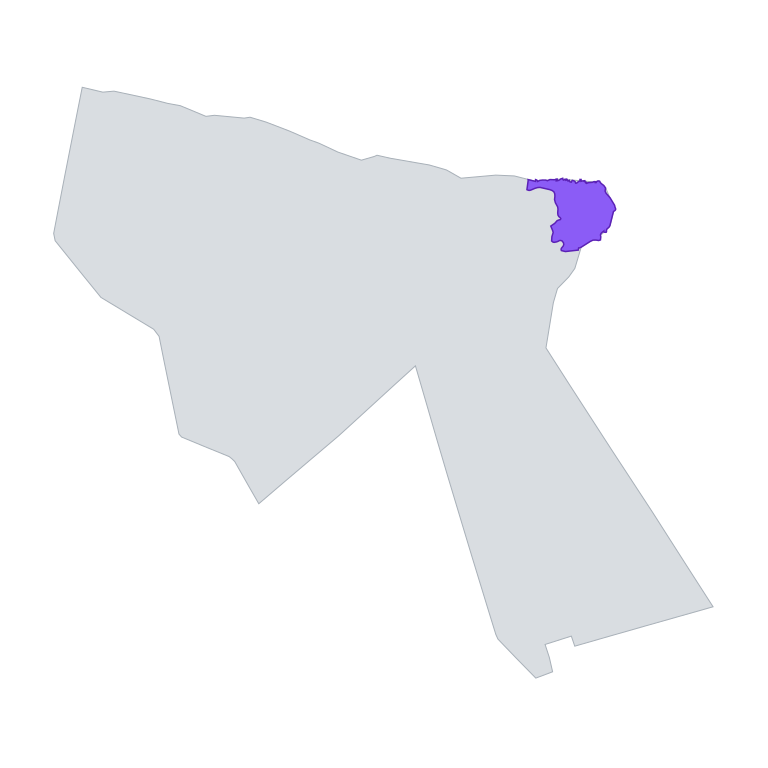 Irbid highlighted on a map of Jordan, rotated 91°
{"feature_id": "JOR-854", "entity_name": "Irbid", "entity_type": "Province", "adm_level": 1, "iso_a3": "JOR", "parent_name": "Jordan", "parent_adm1": "", "projection": "orthographic", "projection_center": [35.72, 32.466], "detail": "fine", "context": "in_parent", "style": "filled", "palette": "violet", "viewbox_px": 768, "rotation_deg": 91, "n_neighbors": 0, "source": "natural_earth", "source_scale": "10m", "svg_char_len": 3273}
<svg xmlns="http://www.w3.org/2000/svg" viewBox="0 0 768 768"><g transform="rotate(91 384 384)"><path d="M207.4,157.5L221.7,160.8L229.9,168.2L243.7,189.2L265.1,195.2L273.7,201.1L285.5,212.2L299.8,216.1L345.1,222.7L380.9,198.9L411.0,178.7L445.2,155.7L468.4,139.9L507.8,113.1L533.6,96.0L567.6,73.4L601.0,51.1L611.5,85.8L621.7,119.6L632.4,154.7L642.8,188.7L632.8,192.3L641.6,218.4L654.6,213.9L668.8,210.4L675.4,227.1L656.3,246.5L637.1,265.6L632.5,267.8L606.9,276.2L554.6,293.2L519.4,304.5L474.4,318.9L436.9,330.7L399.7,342.2L365.3,352.9L385.3,374.2L416.0,406.6L436.5,428.3L460.9,456.1L482.7,480.9L505.9,507.1L490.2,516.5L464.1,531.9L461.5,534.7L459.3,537.5L448.9,564.3L440.6,585.4L437.7,588.1L400.9,596.3L363.7,604.6L340.3,609.7L333.3,615.2L318.1,641.4L302.4,668.5L276.0,690.7L246.5,715.3L239.2,716.9L217.8,713.2L181.3,706.8L146.0,700.5L121.9,696.2L92.6,690.9L97.1,670.2L95.9,659.1L103.1,622.5L107.2,605.2L109.3,592.5L119.5,566.7L118.3,558.2L120.6,528.4L119.6,522.6L124.2,506.4L132.8,482.8L141.2,462.6L144.3,453.4L152.9,434.2L160.6,410.5L156.6,397.5L155.4,395.0L158.5,380.1L158.4,380.0L162.2,355.7L164.2,342.6L168.9,325.3L176.9,310.6L173.2,275.9L173.7,257.3L178.7,236.0L176.0,211.1L178.4,175.7L178.9,172.3L181.8,168.1L184.0,165.8L200.4,158.5L207.4,157.5Z" fill="#d9dde1" stroke="#a8b0b8" stroke-width="1"/><path d="M179.1,186.0L179.3,185.9L179.9,185.1L179.1,183.1L178.7,179.0L178.0,177.6L178.0,176.4L178.9,176.4L178.9,175.4L177.8,174.8L177.2,173.6L177.3,172.3L177.6,171.8L178.5,171.4L179.7,170.4L181.7,167.7L184.2,165.9L187.3,166.3L189.5,165.2L193.9,161.2L201.2,156.6L203.5,156.0L204.3,155.6L205.1,155.4L205.8,155.6L206.4,156.0L207.6,157.6L221.8,160.9L223.1,161.6L225.4,164.0L226.1,164.2L227.8,164.2L228.3,164.4L228.5,165.5L228.3,166.5L227.9,167.2L227.4,167.1L228.6,168.6L229.8,169.7L231.2,170.2L233.1,169.8L236.2,170.1L236.8,171.9L236.4,174.5L236.5,177.5L237.8,180.2L243.8,189.3L244.6,191.1L244.6,191.8L245.1,191.9L246.7,192.0L248.4,204.9L247.5,209.0L246.5,209.3L245.3,209.1L242.9,207.2L241.4,206.7L239.7,207.0L237.8,208.5L237.4,209.8L237.5,211.1L238.3,212.4L238.9,213.9L239.4,216.3L239.2,217.5L238.1,218.9L233.7,218.7L229.6,217.5L227.8,218.0L223.2,220.0L220.3,216.0L217.7,213.8L217.1,212.5L216.5,210.5L215.6,210.1L214.6,210.7L213.7,212.0L212.1,213.0L209.9,213.3L206.0,213.1L203.8,213.5L199.8,215.8L196.6,216.7L193.2,216.4L190.9,216.6L189.0,217.4L187.7,219.1L186.8,221.5L184.7,231.4L184.9,233.8L185.7,236.4L187.6,240.7L187.9,242.0L187.8,243.0L187.2,244.5L177.9,243.4L177.1,243.5L178.8,236.0L177.0,236.0L177.3,235.1L177.6,234.6L178.1,234.1L178.8,233.8L177.7,231.9L177.3,228.9L177.3,225.9L177.9,224.1L176.7,221.7L176.8,217.0L176.1,215.4L176.1,214.4L177.1,214.4L177.1,215.4L177.9,215.4L177.7,214.0L177.3,212.8L176.7,211.8L176.1,211.1L175.8,210.6L175.2,208.9L176.5,208.6L177.0,208.2L176.9,207.5L176.1,206.7L176.1,205.7L177.1,205.7L176.9,205.0L176.7,204.9L176.4,204.9L176.1,204.7L177.9,203.5L177.1,202.4L178.0,202.0L178.8,201.4L178.9,200.2L178.3,200.1L177.9,199.9L177.6,199.6L177.1,199.3L177.4,198.2L177.8,197.1L178.6,196.3L179.8,195.9L179.8,194.9L178.6,193.6L178.3,193.0L177.4,191.6L176.8,191.5L176.1,191.6L176.1,190.5L177.9,190.5L177.6,189.5L177.1,186.2L177.9,187.3L178.6,185.6L178.9,185.1L179.0,185.6L179.1,186.0Z" fill="#8b5cf6" stroke="#5b21b6" stroke-width="1.5"/></g></svg>